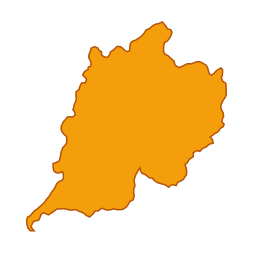 the district of Governador Lindenberg, Espírito Santo, Brazil, rotated 183°
{"feature_id": "56859067B32114864176214", "entity_name": "Governador Lindenberg", "entity_type": "district", "adm_level": 2, "iso_a3": "BRA", "parent_name": "Brazil", "parent_adm1": "Espírito Santo", "projection": "natural_earth1", "projection_center": [-40.489, -19.202], "detail": "fine", "context": "isolated", "style": "filled", "palette": "amber", "viewbox_px": 256, "rotation_deg": 183, "n_neighbors": 0, "source": "geoboundaries", "source_scale": "gbopen_adm2", "svg_char_len": 2976}
<svg xmlns="http://www.w3.org/2000/svg" viewBox="0 0 256 256"><g transform="rotate(183 128 128)"><path d="M90.4,228.4L93.6,229.0L96.1,232.3L99.3,235.7L103.0,233.8L105.5,233.2L108.5,231.6L110.7,229.4L112.7,227.8L114.9,227.1L116.8,223.6L119.2,220.5L121.3,218.8L123.2,217.5L125.1,216.0L127.4,215.3L129.6,213.6L130.3,211.0L130.3,208.3L130.4,205.5L132.7,204.2L135.2,205.2L137.0,206.9L139.4,208.7L143.0,209.0L145.2,206.6L147.2,204.7L149.5,203.0L150.5,199.7L151.9,197.7L154.9,197.6L157.9,199.1L158.6,202.8L160.7,203.7L162.3,206.3L165.8,207.4L168.9,205.8L169.7,202.4L170.8,199.5L170.9,196.3L169.7,194.1L168.4,191.4L168.3,187.9L170.9,186.7L171.0,184.1L173.1,183.2L174.9,181.3L176.0,178.5L171.9,174.6L173.0,170.9L176.7,170.6L178.1,167.4L179.0,163.9L181.7,161.5L181.7,157.9L181.2,154.6L181.8,151.4L183.0,148.5L183.2,145.8L184.0,143.4L182.1,141.2L181.4,138.3L184.3,135.7L186.5,136.3L189.2,135.7L190.6,133.5L192.8,131.0L194.6,126.6L194.8,123.4L193.5,120.4L191.3,118.1L188.8,116.1L188.6,112.7L188.5,110.1L189.9,107.6L192.3,104.7L193.5,100.3L194.1,95.3L195.1,91.3L198.4,89.5L201.0,88.7L200.7,84.6L199.8,81.3L197.7,79.7L194.8,79.4L191.1,80.8L190.1,77.9L189.9,75.2L190.8,72.4L194.3,70.8L196.6,68.2L197.4,65.6L198.8,62.9L201.1,59.7L203.6,54.9L205.6,52.7L207.1,50.0L209.8,46.8L212.4,44.4L214.4,42.4L217.2,40.3L219.1,37.9L220.9,35.4L223.7,33.6L224.4,30.3L223.8,26.2L222.6,22.8L220.3,20.3L216.4,20.4L219.6,23.9L218.7,27.3L217.2,29.8L214.7,30.6L212.3,31.3L211.1,34.4L209.9,37.8L207.4,39.0L205.1,37.9L202.9,37.1L200.8,38.5L198.6,40.3L196.8,41.6L194.4,43.6L191.4,43.5L188.2,44.2L185.3,43.8L183.0,43.2L180.7,43.0L178.4,43.4L175.2,43.7L172.9,42.3L170.7,41.8L167.8,40.6L164.7,38.3L161.6,37.1L158.6,40.3L156.2,43.5L153.5,43.6L151.5,45.4L149.1,46.5L147.0,45.5L144.3,44.9L140.5,45.6L138.1,46.5L134.9,45.9L132.1,46.0L129.0,46.4L125.8,48.7L123.7,51.8L122.4,54.6L119.1,56.5L118.2,60.8L119.0,64.0L119.0,67.4L118.0,70.7L119.2,75.9L118.8,78.4L117.6,82.2L115.7,85.8L114.2,88.8L113.2,86.2L111.9,83.6L108.5,82.5L106.0,80.8L104.1,79.4L101.2,79.2L99.0,77.0L95.4,74.9L91.7,74.0L88.4,73.4L84.3,71.0L81.9,73.4L79.6,73.7L77.0,73.0L75.4,76.4L72.4,77.9L70.2,79.5L68.5,82.2L67.2,84.4L67.1,87.1L67.7,91.0L69.1,94.5L67.0,96.4L65.1,99.9L61.3,102.8L61.6,106.6L58.5,109.0L55.0,108.4L52.3,111.6L48.9,113.2L46.1,116.0L42.0,117.4L43.0,120.7L45.5,123.3L42.7,125.5L40.8,127.3L38.8,128.2L37.1,129.9L35.8,132.5L33.0,134.3L32.2,136.7L34.4,138.8L34.4,141.5L33.1,144.7L33.7,148.1L35.3,150.4L36.4,153.6L36.2,156.6L34.7,160.2L32.6,163.6L31.6,166.3L31.9,170.2L32.2,174.4L32.8,177.9L35.8,179.5L37.4,183.1L36.6,185.5L36.5,188.2L36.6,191.2L38.3,192.9L42.6,190.0L45.1,186.9L47.3,185.1L49.4,186.1L50.5,188.7L51.6,192.2L53.3,194.8L56.0,196.3L60.0,198.0L63.2,197.7L65.4,196.5L68.2,195.4L71.9,195.3L75.1,193.6L79.4,191.2L81.7,191.6L84.4,193.3L85.6,197.4L88.8,199.7L91.8,202.3L94.8,203.6L96.5,206.1L96.6,208.8L96.6,211.7L96.1,215.2L93.3,216.8L91.2,219.9L90.0,222.3L89.1,226.0L90.4,228.4Z" fill="#f59e0b" stroke="#b45309" stroke-width="1.5"/></g></svg>